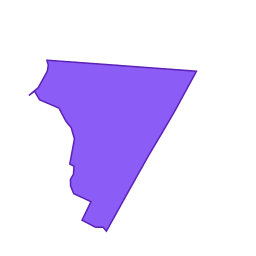 Dillon, South Carolina, United States of America, rotated 71°
{"feature_id": "52423323B8509439867450", "entity_name": "Dillon", "entity_type": "district", "adm_level": 2, "iso_a3": "USA", "parent_name": "United States of America", "parent_adm1": "South Carolina", "projection": "equal_earth", "projection_center": [-79.33, 34.426], "detail": "fine", "context": "isolated", "style": "filled", "palette": "violet", "viewbox_px": 256, "rotation_deg": 71, "n_neighbors": 0, "source": "geoboundaries", "source_scale": "gbopen_adm2", "svg_char_len": 644}
<svg xmlns="http://www.w3.org/2000/svg" viewBox="0 0 256 256"><g transform="rotate(71 128 128)"><path d="M37.5,182.6L42.6,182.9L48.0,185.8L60.6,199.7L65.0,211.2L62.8,204.4L72.6,202.4L86.7,186.8L99.7,184.8L102.1,184.3L109.1,181.6L120.9,182.2L143.1,194.8L146.6,191.5L153.9,194.6L157.9,199.2L164.2,201.2L172.4,200.7L185.6,187.0L200.2,201.5L211.2,191.1L213.7,183.9L218.5,182.0L195.3,156.2L192.6,153.2L180.0,139.1L179.6,138.6L177.3,136.2L172.1,130.3L171.9,130.0L162.6,119.6L161.0,117.8L149.1,103.8L142.7,96.2L137.4,90.1L136.8,89.4L134.8,87.0L126.1,77.0L96.6,44.8L71.3,103.7L37.5,182.6Z" fill="#8b5cf6" stroke="#5b21b6" stroke-width="1.5"/></g></svg>